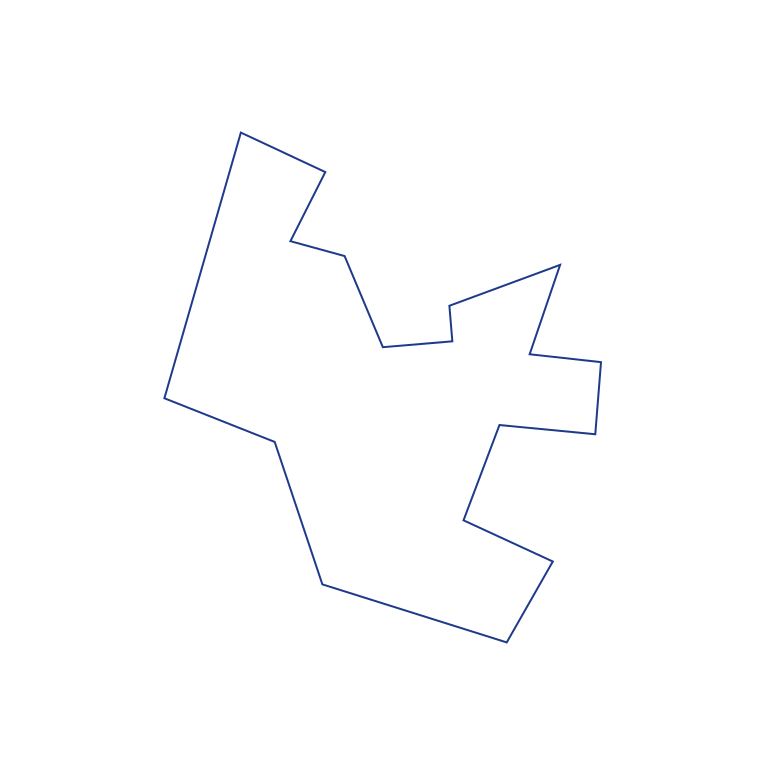 Nukus city, Karakalpakstan, Uzbekistan (Robinson projection), rotated 161°
{"feature_id": "79887680B72468614432552", "entity_name": "Nukus city", "entity_type": "district", "adm_level": 2, "iso_a3": "UZB", "parent_name": "Uzbekistan", "parent_adm1": "Karakalpakstan", "projection": "robinson", "projection_center": [59.568, 42.419], "detail": "fine", "context": "isolated", "style": "outline", "palette": "blue", "viewbox_px": 768, "rotation_deg": 161, "n_neighbors": 0, "source": "geoboundaries", "source_scale": "gbopen_adm2", "svg_char_len": 393}
<svg xmlns="http://www.w3.org/2000/svg" viewBox="0 0 768 768"><g transform="rotate(161 384 384)"><path d="M507.5,214.6L352.1,99.7L282.2,161.2L353.2,229.2L288.2,307.6L200.6,267.7L171.7,334.0L236.6,364.7L178.7,439.3L296.7,436.7L305.5,402.1L373.1,419.2L379.6,517.8L426.0,549.5L370.5,603.5L437.5,668.3L596.3,442.0L506.2,364.8L507.5,214.6Z" fill="none" stroke="#1e3a8a" stroke-width="2"/></g></svg>